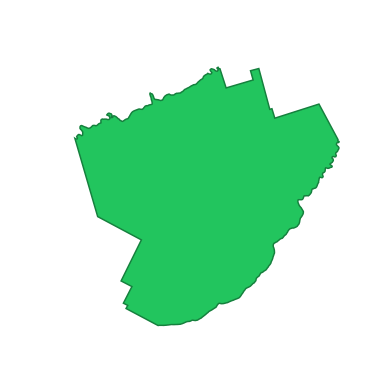 outline of Atamisqui, Santiago del Estero, Argentina, rotated 287°
{"feature_id": "61730980B38115144575329", "entity_name": "Atamisqui", "entity_type": "district", "adm_level": 2, "iso_a3": "ARG", "parent_name": "Argentina", "parent_adm1": "Santiago del Estero", "projection": "orthographic", "projection_center": [-63.835, -28.669], "detail": "fine", "context": "isolated", "style": "filled", "palette": "green", "viewbox_px": 384, "rotation_deg": 287, "n_neighbors": 0, "source": "geoboundaries", "source_scale": "gbopen_adm2", "svg_char_len": 6021}
<svg xmlns="http://www.w3.org/2000/svg" viewBox="0 0 384 384"><g transform="rotate(287 192 192)"><path d="M196.4,303.4L197.8,303.3L198.6,303.3L200.8,304.1L203.1,304.6L204.5,304.6L205.9,304.2L206.4,303.7L207.1,302.9L208.0,301.9L208.7,301.2L209.8,299.4L210.6,298.4L212.5,296.8L213.4,296.2L214.2,295.9L215.5,295.8L215.9,296.3L216.2,297.5L216.6,298.9L217.2,299.8L218.1,300.1L219.2,300.2L220.8,300.3L221.2,300.5L221.4,301.3L221.7,302.2L222.1,302.9L222.3,304.3L223.2,305.0L224.7,305.7L226.2,306.2L227.1,306.2L228.8,306.0L229.7,306.0L230.4,306.5L230.5,307.1L231.2,307.7L231.5,308.4L232.1,309.1L233.1,309.6L234.6,309.8L236.7,309.9L238.3,310.3L239.4,309.9L240.7,309.9L241.6,309.7L243.1,309.7L243.5,310.0L243.6,310.7L243.6,311.7L243.9,312.5L244.9,312.9L245.6,312.6L246.0,312.2L246.8,311.7L247.4,311.5L248.0,311.6L248.6,311.7L249.2,312.3L249.6,312.7L250.4,313.1L251.0,313.1L251.7,313.0L252.6,312.8L253.7,312.6L254.2,312.8L254.3,313.1L254.3,313.7L254.3,314.7L254.4,315.2L254.9,316.1L255.5,316.8L256.0,317.2L256.5,318.3L257.2,318.6L257.7,318.3L258.1,317.9L258.2,317.3L258.7,315.9L259.3,315.8L259.8,316.1L260.5,316.8L261.5,317.5L262.3,317.6L263.2,318.0L263.8,317.7L264.6,317.4L265.1,316.6L265.2,316.1L266.1,315.8L266.8,316.0L267.2,316.6L267.3,317.3L267.3,318.4L267.9,319.2L269.0,319.3L269.7,318.8L270.5,318.3L271.3,318.1L271.9,318.3L272.4,318.5L273.1,319.2L274.9,319.4L275.8,319.7L277.0,319.7L277.4,319.5L278.2,318.6L278.5,317.8L278.8,317.3L279.2,316.7L279.7,316.2L280.5,316.1L281.1,316.2L281.7,316.5L282.0,316.8L282.0,317.4L282.4,317.9L283.2,317.9L283.4,317.4L283.4,316.8L283.7,316.4L284.3,316.3L284.8,316.3L313.2,287.7L286.8,249.6L295.0,244.1L293.8,242.2L329.6,219.8L325.1,212.5L317.0,217.7L301.5,194.2L311.1,187.5L318.0,182.7L317.9,181.6L318.9,180.5L318.2,179.7L317.4,179.9L316.8,181.2L316.0,181.3L315.0,180.9L314.7,180.0L314.9,178.6L315.5,177.7L315.6,175.9L315.5,174.5L314.8,173.9L314.0,173.6L313.3,174.2L312.7,175.1L311.9,176.1L310.9,175.9L310.0,175.2L309.9,173.9L310.1,172.4L309.0,171.8L307.8,170.5L306.0,169.3L303.6,169.1L301.7,167.4L300.2,166.5L299.0,165.7L298.0,165.3L296.3,164.4L295.7,163.6L295.0,162.1L294.6,161.7L294.0,161.2L293.4,160.4L291.0,158.4L290.4,157.7L290.1,157.3L289.8,157.1L289.4,156.6L288.7,156.0L287.9,155.0L287.1,154.6L285.7,153.9L284.1,152.4L283.6,152.3L283.4,152.1L282.9,151.0L282.6,150.2L282.2,149.4L282.0,148.6L281.7,148.2L281.0,147.3L280.4,147.0L279.3,146.0L279.0,144.9L278.6,143.7L278.6,142.7L278.9,141.9L278.9,141.4L278.2,140.4L277.7,139.6L276.7,138.8L276.4,138.5L275.6,138.0L274.0,137.4L273.0,137.3L271.3,136.9L271.1,136.4L270.4,135.5L270.3,135.1L270.3,133.9L270.3,132.5L270.2,132.1L270.0,131.5L270.0,130.3L269.7,129.8L269.7,129.3L270.5,128.3L272.1,127.2L273.3,126.2L274.1,125.2L274.1,124.6L274.2,123.6L274.4,123.1L273.5,123.0L271.4,124.3L271.1,124.7L269.6,125.6L268.4,126.1L267.3,127.0L266.3,127.5L265.4,128.0L264.3,128.1L263.9,127.7L262.6,125.4L261.6,124.5L261.5,124.2L261.2,123.2L260.5,122.2L259.8,121.9L258.2,121.2L257.5,121.0L256.9,120.5L256.5,120.3L256.0,118.2L256.0,117.5L255.5,116.4L255.0,115.9L254.1,114.7L253.0,113.3L252.3,112.5L251.5,111.8L250.5,111.2L249.7,110.9L248.6,110.6L247.3,110.3L246.1,110.1L245.3,109.8L244.2,109.6L243.5,109.3L243.2,109.0L242.8,108.3L242.3,107.6L241.6,106.9L240.2,105.9L239.2,104.9L239.1,104.1L239.5,103.0L239.5,102.1L240.3,101.2L240.5,100.0L241.1,98.9L241.9,97.1L241.9,96.4L242.1,95.8L242.0,95.1L241.8,94.5L241.1,94.2L240.4,94.4L239.7,93.7L239.7,93.2L240.4,93.0L241.7,93.0L242.3,92.8L242.8,92.3L243.0,92.0L243.2,91.5L243.0,90.3L243.2,89.6L242.8,89.1L242.5,88.7L241.2,88.1L240.8,88.0L240.6,88.4L240.8,88.9L240.5,89.6L240.5,90.6L240.0,90.9L238.8,91.9L238.2,92.0L237.2,91.6L236.9,90.9L236.6,89.9L236.6,88.4L236.2,87.6L236.1,86.9L235.7,86.2L235.7,85.3L235.5,84.9L235.3,84.8L235.2,84.5L234.8,84.1L234.0,83.9L231.5,84.7L230.9,84.0L230.2,83.1L229.4,82.5L228.5,82.1L227.8,81.5L227.2,80.7L227.3,79.7L226.8,78.0L226.3,77.5L225.1,76.9L223.8,76.1L223.2,75.5L222.6,74.4L222.6,73.2L222.9,71.9L222.9,70.2L223.1,68.6L223.3,67.1L222.9,66.3L222.1,65.9L221.4,65.9L220.5,66.2L219.9,66.4L219.3,67.3L218.8,68.3L217.5,69.9L215.6,70.5L214.1,70.7L213.6,69.9L214.0,67.5L213.8,66.7L213.1,66.2L212.2,65.8L211.3,65.5L210.7,65.9L210.2,66.7L209.2,66.6L208.8,65.8L208.9,65.0L209.1,64.3L140.9,109.0L131.4,157.6L86.2,150.2L84.0,162.2L65.6,158.9L64.8,163.7L61.3,163.0L54.4,198.6L54.9,199.6L55.5,201.5L56.2,204.0L57.0,206.0L58.1,208.6L59.2,210.9L59.9,213.4L61.3,217.4L62.1,219.4L63.2,221.1L64.5,222.7L65.7,224.0L66.5,225.0L67.0,226.0L67.4,227.2L68.0,228.1L68.8,229.0L69.5,229.7L69.7,230.5L69.8,231.5L70.1,232.9L71.1,234.7L73.1,236.5L74.1,237.6L75.4,238.4L76.8,239.4L78.8,240.8L80.5,241.8L81.4,242.5L82.7,243.1L85.0,245.4L86.2,246.4L87.8,247.7L88.6,248.5L89.6,248.9L90.5,249.0L91.4,249.3L92.1,249.6L93.1,250.0L93.6,250.8L93.7,251.7L93.7,252.5L94.0,253.4L94.3,254.3L95.0,255.6L95.9,257.0L96.6,258.3L98.0,259.8L99.6,261.7L100.8,263.4L101.5,264.1L102.8,265.8L103.5,266.7L104.2,267.5L104.8,268.1L105.8,268.6L107.2,269.1L108.8,269.5L109.7,269.9L112.4,270.6L113.8,271.2L115.3,271.6L116.3,272.5L118.1,274.5L119.1,275.4L120.6,276.2L121.4,276.6L122.4,277.1L123.1,277.9L124.0,278.3L125.0,278.6L125.8,279.0L126.6,278.9L127.3,278.8L128.3,278.8L129.2,279.2L130.4,280.0L131.1,280.6L131.9,280.9L132.3,280.9L133.0,281.0L133.8,281.3L134.5,281.5L135.2,281.9L135.5,282.5L136.1,283.1L137.1,283.8L137.6,284.1L138.3,284.8L139.1,285.5L140.1,285.9L141.5,286.3L142.5,286.8L144.0,287.1L145.2,287.7L146.8,288.2L148.6,288.2L150.6,288.5L151.7,288.6L153.6,288.5L154.9,288.6L156.5,288.6L157.2,288.7L157.8,288.7L158.5,288.5L160.6,287.7L161.2,287.3L162.3,286.7L163.1,286.0L163.8,285.6L164.9,285.2L165.8,285.2L166.8,285.3L167.3,285.9L168.4,286.8L169.3,287.9L170.1,288.3L171.2,289.1L172.1,289.6L172.7,290.0L173.2,290.6L174.0,291.4L174.1,291.8L175.0,292.3L176.1,292.7L177.4,293.2L178.4,294.0L179.1,294.4L180.5,294.7L181.6,295.1L182.8,295.2L184.4,295.8L185.3,296.3L186.8,298.3L187.3,299.8L188.7,301.5L189.9,302.6L191.4,303.1L192.6,303.6L194.2,303.7L195.1,303.6L196.4,303.4Z" fill="#22c55e" stroke="#15803d" stroke-width="1.5"/></g></svg>